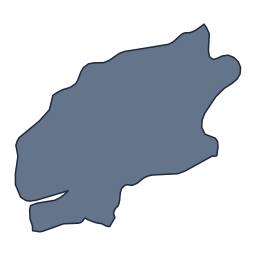 the District of Viana do Castelo
{"feature_id": "PRT-741", "entity_name": "Viana do Castelo", "entity_type": "District", "adm_level": 1, "iso_a3": "PRT", "parent_name": "Portugal", "parent_adm1": "", "projection": "orthographic", "projection_center": [-8.501, 41.884], "detail": "fine", "context": "isolated", "style": "filled", "palette": "slate", "viewbox_px": 256, "rotation_deg": 0, "n_neighbors": 0, "source": "natural_earth", "source_scale": "10m", "svg_char_len": 1358}
<svg xmlns="http://www.w3.org/2000/svg" viewBox="0 0 256 256"><path d="M204.1,24.2L206.6,27.9L209.3,33.8L208.4,50.4L209.4,56.6L213.1,59.5L217.4,58.2L222.5,55.9L228.4,55.2L233.9,57.5L238.3,61.8L240.6,67.5L240.0,74.2L237.0,79.1L232.5,83.0L224.2,88.4L215.8,96.7L204.8,113.2L202.1,120.2L201.7,127.4L205.0,134.2L215.3,138.2L217.5,141.3L218.0,146.4L216.9,155.6L216.7,155.7L215.6,156.1L212.1,156.1L184.9,171.1L177.9,173.7L152.7,175.0L148.4,175.9L144.4,177.6L142.3,179.0L137.1,183.3L132.3,185.3L130.0,185.2L127.7,184.6L125.3,185.2L123.9,186.2L121.5,188.7L120.6,191.6L120.1,194.6L119.6,200.4L119.0,203.3L118.1,205.9L115.5,208.4L114.1,211.1L113.5,213.3L114.9,217.6L109.7,226.6L107.8,226.4L105.1,225.6L102.0,223.8L96.2,222.8L87.7,219.7L85.3,218.1L83.9,219.1L82.9,220.8L80.7,222.6L78.3,223.2L63.5,223.8L42.4,231.4L39.6,231.8L34.0,230.9L32.6,230.7L32.4,226.0L30.1,219.0L29.6,210.0L30.6,205.6L37.0,203.2L54.7,200.3L59.7,197.9L64.3,194.5L68.3,190.7L36.4,200.2L29.8,201.1L26.1,200.6L20.8,197.3L15.4,184.7L15.4,173.7L17.9,156.3L15.9,145.4L17.1,141.3L19.2,137.6L39.6,120.7L49.4,109.7L52.9,95.4L56.1,93.1L62.6,89.7L69.9,87.5L75.8,83.6L78.0,79.7L81.1,71.4L83.6,67.5L88.4,63.9L93.4,62.9L103.9,62.6L109.2,60.4L119.0,53.6L124.4,51.5L168.6,44.3L173.4,41.7L180.7,35.0L183.2,33.4L185.4,32.8L190.3,32.6L195.5,30.4L204.1,24.2Z" fill="#64748b" stroke="#1e293b" stroke-width="1.5"/></svg>